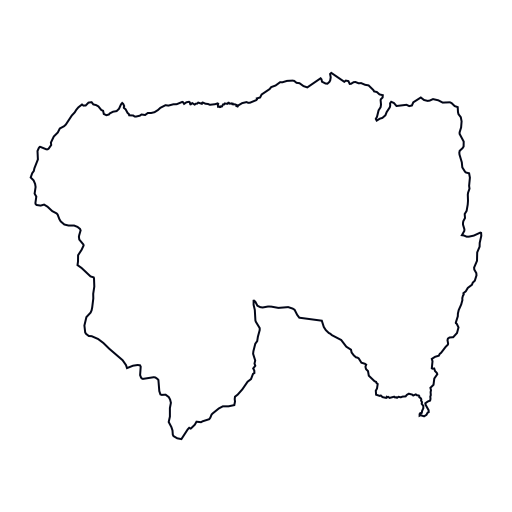 Mongua, Boyacá, Colombia
{"feature_id": "7082276B23995314387888", "entity_name": "Mongua", "entity_type": "district", "adm_level": 2, "iso_a3": "COL", "parent_name": "Colombia", "parent_adm1": "Boyacá", "projection": "natural_earth1", "projection_center": [-72.676, 5.698], "detail": "fine", "context": "isolated", "style": "outline", "palette": "ink", "viewbox_px": 512, "rotation_deg": 0, "n_neighbors": 0, "source": "geoboundaries", "source_scale": "gbopen_adm2", "svg_char_len": 6001}
<svg xmlns="http://www.w3.org/2000/svg" viewBox="0 0 512 512"><path d="M82.0,104.5L78.3,107.4L76.3,109.8L74.7,112.4L71.8,115.5L65.8,124.6L64.1,126.2L59.8,128.5L57.8,132.5L53.8,136.5L50.9,142.6L51.2,145.0L48.6,148.7L47.6,149.3L46.3,149.3L40.4,146.9L39.7,146.9L38.8,148.0L37.5,151.0L37.9,159.4L34.4,168.3L33.8,171.0L32.2,173.2L30.7,177.5L33.6,180.4L35.1,183.9L35.6,187.0L34.6,193.6L36.3,196.6L35.4,203.1L35.7,204.2L36.6,205.0L40.6,205.6L44.1,204.6L47.5,206.7L52.2,211.1L56.6,213.4L57.6,214.5L59.4,219.2L60.7,221.4L64.3,224.5L68.4,225.5L74.0,225.5L77.5,226.9L80.0,228.9L80.6,230.4L79.2,235.2L78.9,236.8L79.3,239.6L83.4,244.5L83.6,245.5L81.6,249.8L78.1,255.2L78.0,261.6L77.5,265.1L81.6,268.0L90.5,276.4L93.7,277.4L94.0,278.3L94.3,286.6L93.2,293.8L93.3,298.5L92.2,307.4L91.6,310.3L90.6,312.6L86.4,317.1L84.4,325.5L85.2,332.5L86.1,333.9L88.8,336.0L91.7,336.2L98.1,339.0L103.4,343.0L109.2,348.7L122.6,360.2L126.0,365.1L127.0,368.1L133.0,365.7L137.6,365.0L140.0,365.3L140.7,366.7L140.1,375.1L141.1,377.7L141.9,378.5L142.9,378.9L153.8,377.2L155.4,377.5L157.4,378.9L158.4,380.0L159.3,391.1L160.4,394.4L161.6,394.9L165.6,394.7L168.8,397.1L170.1,399.6L170.9,402.8L169.9,408.0L169.9,416.6L168.7,422.0L171.4,427.1L172.5,430.5L172.8,434.7L173.5,436.1L177.2,438.3L181.4,439.1L187.7,429.4L189.2,427.8L190.6,428.6L191.0,428.4L194.8,424.7L196.5,421.7L201.0,422.2L202.6,421.3L209.2,419.2L210.3,417.7L211.6,414.5L212.7,413.4L218.9,408.4L222.9,406.3L228.6,406.3L234.3,405.1L235.0,401.5L234.7,399.1L235.0,396.7L237.7,394.6L242.3,389.4L247.6,381.7L251.0,379.1L253.0,373.9L254.4,373.0L254.3,370.6L253.2,368.4L255.3,365.8L254.5,363.6L255.2,360.5L253.1,353.8L253.4,351.2L255.3,343.7L257.2,341.1L257.9,336.7L259.7,330.1L259.7,328.1L255.8,321.7L255.4,320.4L254.8,309.9L253.6,304.8L253.6,300.7L254.0,300.6L255.3,301.7L257.4,305.7L260.1,307.1L262.6,307.5L268.1,306.5L271.2,306.6L278.4,307.9L288.2,307.1L292.7,308.6L294.6,309.8L297.2,314.9L299.3,317.7L321.8,320.7L323.8,327.0L325.8,330.1L328.8,333.0L330.4,333.8L331.8,335.1L341.2,340.0L346.3,346.7L351.0,349.7L351.6,352.5L353.8,355.4L356.1,357.4L357.4,357.6L358.7,358.4L361.4,362.7L365.0,363.8L366.2,364.7L365.5,366.4L365.6,367.6L366.1,369.2L368.0,371.1L368.8,375.7L374.5,381.2L376.1,381.9L376.5,383.0L377.7,384.0L377.0,388.5L375.8,390.7L376.1,394.7L379.7,395.9L380.8,395.5L382.5,397.1L386.1,397.9L386.8,396.8L387.4,397.3L388.3,396.9L389.6,397.9L394.2,396.7L395.1,397.5L396.1,397.2L397.0,397.8L398.5,396.8L400.8,397.3L402.5,396.6L405.6,396.4L406.8,394.9L408.8,393.7L412.2,394.6L413.2,395.5L415.8,394.4L417.0,395.3L418.8,395.5L419.3,396.2L419.3,397.2L420.9,398.4L421.3,399.3L421.1,400.6L422.0,402.1L421.7,403.8L423.3,405.9L423.3,408.3L422.1,410.9L421.8,412.7L421.5,413.2L420.3,413.1L419.6,414.1L419.6,415.7L420.6,415.2L424.1,416.3L426.4,414.9L427.6,412.7L428.7,412.1L428.6,410.2L425.6,404.8L425.3,403.3L427.8,401.5L430.1,400.6L430.5,398.9L430.3,396.6L430.8,395.1L430.6,392.1L431.0,390.2L430.4,387.8L433.5,384.8L434.3,378.5L437.3,374.2L436.8,372.9L435.0,371.0L434.2,368.5L432.5,368.7L431.8,368.3L432.5,361.3L431.8,358.9L435.1,356.8L438.8,355.7L439.8,353.8L441.1,352.8L445.6,346.9L447.9,344.6L448.1,343.6L447.5,340.2L447.9,338.6L449.5,337.5L453.2,337.2L457.0,333.0L458.5,327.4L456.7,323.7L455.9,323.2L455.8,322.6L457.8,316.3L457.9,313.6L458.7,310.1L461.2,304.5L462.4,300.1L462.3,298.1L463.0,295.5L463.7,294.6L463.4,293.2L465.8,291.3L467.8,287.9L471.9,284.8L472.8,282.6L474.8,280.7L476.5,275.3L476.3,273.1L474.3,269.6L474.1,267.6L477.0,260.8L477.2,252.4L479.6,246.7L479.7,242.9L481.3,235.8L481.1,232.9L480.3,232.6L473.8,235.6L468.7,236.7L466.7,236.7L463.9,235.5L461.9,235.2L464.3,230.9L464.4,229.3L463.0,224.6L463.0,223.0L463.3,221.2L465.0,218.0L464.7,214.0L466.6,210.9L467.7,204.7L468.0,200.9L467.8,194.6L468.1,192.6L469.5,188.7L469.1,185.8L469.9,177.7L469.1,173.3L465.9,172.5L465.0,171.7L462.3,167.4L461.8,162.3L459.5,154.6L459.3,152.7L459.7,150.8L462.6,148.1L463.6,146.5L463.7,141.6L459.6,133.9L459.6,132.3L461.1,127.5L461.6,121.4L460.8,117.2L458.5,114.2L458.0,112.2L457.7,107.1L454.7,106.1L451.6,103.1L449.9,102.3L442.7,102.6L438.3,100.3L433.0,99.1L429.7,100.6L427.6,100.9L424.0,100.0L420.8,97.5L413.3,102.3L411.9,105.5L409.2,106.1L406.5,104.8L396.5,106.0L393.9,103.0L391.2,101.8L390.1,103.3L390.2,105.7L389.8,107.3L386.7,112.0L385.4,115.3L382.4,117.9L379.8,118.7L376.7,120.6L375.8,118.9L377.0,116.8L378.6,110.3L380.6,107.2L381.0,104.6L380.6,100.0L380.9,99.2L382.6,97.5L382.8,95.2L379.5,94.4L376.8,92.0L374.1,91.4L373.4,90.1L368.6,85.4L365.1,84.8L361.1,83.1L358.7,83.3L355.4,82.0L353.6,82.2L351.0,83.8L349.7,83.9L348.4,81.1L345.8,80.6L344.3,81.8L331.3,72.9L330.1,74.0L330.7,77.3L330.2,80.4L329.4,81.9L327.4,83.7L325.5,83.5L322.0,81.7L321.5,79.4L320.6,78.3L307.3,87.4L303.5,86.1L299.5,83.2L296.5,82.8L294.2,80.9L292.5,80.6L287.0,80.9L282.3,82.3L280.1,82.2L275.6,85.5L271.2,87.1L269.6,89.1L261.6,94.5L260.1,97.5L256.8,98.4L257.0,99.3L256.3,100.1L250.0,102.7L248.2,102.8L246.5,102.1L242.2,103.1L238.3,105.4L237.6,106.5L236.4,106.0L236.6,105.0L234.8,104.3L233.3,104.4L232.8,103.7L232.2,104.1L231.6,103.4L229.8,103.7L228.7,102.7L228.2,102.8L227.6,103.8L224.7,103.5L224.2,104.4L223.1,104.4L222.0,106.4L220.7,106.4L220.5,107.0L219.8,107.1L219.4,106.6L218.1,106.8L217.8,105.1L218.2,103.8L217.6,103.4L215.1,104.2L209.9,104.8L208.0,104.0L205.4,103.7L202.7,102.5L202.1,102.8L201.8,103.8L198.2,102.6L197.2,103.6L195.8,103.7L194.7,104.6L192.2,103.1L190.7,104.4L190.3,104.3L189.8,102.4L189.0,101.8L186.4,102.3L184.1,103.9L182.9,102.1L182.3,101.9L176.7,104.2L173.3,104.3L168.4,105.6L165.5,105.2L160.4,107.8L158.0,110.0L154.5,112.2L151.1,113.0L147.8,113.0L145.1,115.0L141.5,114.5L139.8,115.7L135.9,116.6L134.6,116.5L133.2,115.5L129.2,115.3L128.9,114.1L127.6,113.0L125.6,109.3L123.9,107.9L123.8,107.2L124.2,106.1L123.2,103.9L122.2,103.0L121.0,104.4L119.0,108.8L116.6,111.1L113.1,111.7L109.8,113.4L108.9,114.5L106.4,115.2L103.8,114.0L103.1,110.8L101.3,110.0L98.4,106.4L96.1,105.1L93.3,104.4L91.6,102.2L88.5,102.6L85.7,105.5L83.4,105.6L82.0,104.5Z" fill="none" stroke="#020617" stroke-width="2"/></svg>